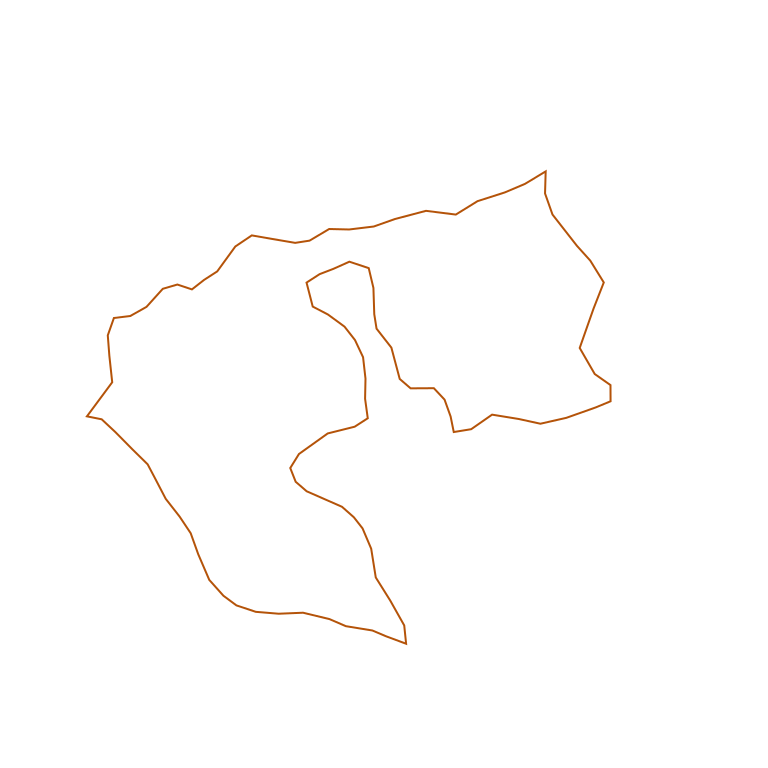 outline of Karavas, Cyprus, rotated 322°
{"feature_id": "46923920B26333175037014", "entity_name": "Karavas", "entity_type": "district", "adm_level": 2, "iso_a3": "CYP", "parent_name": "Cyprus", "parent_adm1": "", "projection": "mercator", "projection_center": [33.214, 35.337], "detail": "fine", "context": "isolated", "style": "outline", "palette": "amber", "viewbox_px": 768, "rotation_deg": 322, "n_neighbors": 0, "source": "geoboundaries", "source_scale": "gbopen_adm2", "svg_char_len": 1390}
<svg xmlns="http://www.w3.org/2000/svg" viewBox="0 0 768 768"><g transform="rotate(322 384 384)"><path d="M241.5,602.3L251.3,586.7L255.6,558.4L258.4,531.4L272.5,505.9L278.2,484.6L278.2,470.5L275.3,454.9L266.9,439.3L257.0,420.9L254.2,406.7L258.4,392.5L273.9,386.8L309.2,388.3L334.6,399.6L350.1,401.0L360.0,384.0L372.7,368.4L384.0,350.0L388.2,331.5L388.2,314.5L382.6,294.7L375.5,279.1L385.4,256.4L400.9,257.8L415.0,262.1L432.0,266.3L443.3,283.3L434.8,301.8L419.3,323.0L412.2,335.8L412.2,359.9L399.5,389.7L402.3,403.8L420.7,418.0L422.1,433.6L416.5,450.6L409.4,464.8L424.9,473.3L450.3,474.7L468.7,494.6L482.8,511.6L506.8,522.9L536.4,532.8L551.9,537.1L561.8,524.3L556.2,505.9L560.4,476.1L580.2,463.4L595.7,453.5L619.7,439.3L622.5,413.8L621.1,393.9L621.1,354.2L628.2,333.0L642.3,316.0L618.3,313.1L597.1,307.4L570.3,297.5L544.9,294.7L523.7,273.4L494.1,260.7L472.9,253.6L451.7,240.8L436.2,228.1L413.6,225.2L400.9,218.1L385.4,201.1L371.3,185.5L351.5,184.1L321.9,192.6L306.4,191.2L290.9,191.2L282.4,178.4L268.3,172.8L244.3,177.0L225.9,174.2L211.8,165.7L196.3,175.6L185.0,192.6L170.9,215.3L130.0,226.6L139.8,238.0L142.7,256.4L145.5,280.5L148.3,301.8L145.5,317.4L141.3,340.1L141.3,362.7L139.8,382.6L132.8,403.8L125.7,430.8L127.1,452.0L131.4,467.6L142.7,484.6L159.6,500.2L179.4,514.4L196.3,535.7L204.8,551.3L223.1,571.1L230.2,583.9L241.5,602.3Z" fill="none" stroke="#b45309" stroke-width="2"/></g></svg>